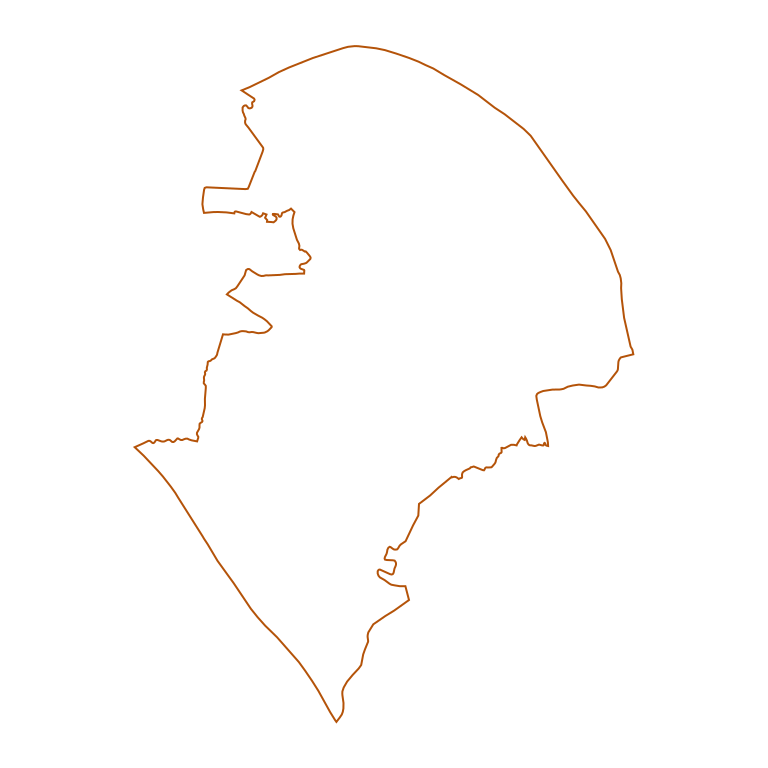 the district of Mo Cay Bac, Bến Tre, Vietnam
{"feature_id": "81297802B92984212454641", "entity_name": "Mo Cay Bac", "entity_type": "district", "adm_level": 2, "iso_a3": "VNM", "parent_name": "Vietnam", "parent_adm1": "Bến Tre", "projection": "albers", "projection_center": [106.276, 10.167], "detail": "fine", "context": "isolated", "style": "outline", "palette": "amber", "viewbox_px": 768, "rotation_deg": 0, "n_neighbors": 0, "source": "geoboundaries", "source_scale": "gbopen_adm2", "svg_char_len": 6103}
<svg xmlns="http://www.w3.org/2000/svg" viewBox="0 0 768 768"><path d="M478.2,95.0L461.0,84.5L444.1,75.0L433.3,68.5L425.4,65.0L418.6,61.7L415.3,60.4L409.2,58.0L396.0,53.5L384.9,50.1L376.2,48.3L358.2,46.2L354.7,46.1L348.1,46.8L343.2,48.1L312.9,58.0L289.0,67.5L278.9,72.1L269.0,77.7L249.7,87.1L241.6,90.4L254.1,98.6L254.6,99.8L254.1,101.2L252.2,102.4L252.1,103.8L252.5,105.5L252.4,106.7L251.6,107.8L249.8,108.4L248.4,108.1L247.2,106.5L246.1,105.4L245.0,105.4L243.7,106.0L242.6,107.5L242.6,110.6L243.0,112.4L243.8,113.9L244.3,115.6L245.5,118.2L245.6,119.3L245.1,120.8L245.1,122.8L245.7,124.3L248.5,127.7L263.1,147.7L263.3,149.1L262.6,151.7L255.3,171.0L254.6,172.0L248.8,186.8L247.8,188.8L245.4,189.1L206.4,187.3L204.7,187.9L204.1,189.7L203.0,197.3L202.4,204.2L203.2,209.4L204.0,212.9L213.2,212.1L217.9,212.0L226.5,212.4L234.3,213.4L234.5,212.3L234.8,211.7L235.9,211.4L246.1,214.1L249.1,214.5L249.6,214.4L250.2,214.0L250.9,213.2L251.5,212.0L258.9,216.3L259.9,216.8L261.1,216.2L261.9,215.5L262.3,215.1L263.1,213.3L266.5,214.5L265.1,217.8L267.2,220.1L267.0,221.8L271.0,222.0L273.6,222.3L275.5,220.8L276.1,220.1L276.5,219.4L276.6,218.2L276.5,217.5L275.7,216.5L273.0,214.9L272.8,214.3L272.9,214.0L274.2,213.9L278.0,214.4L279.2,216.5L279.6,216.7L280.5,216.6L281.1,216.0L281.5,215.3L282.0,213.2L282.4,212.8L282.9,212.5L284.7,212.1L286.8,210.9L289.2,210.0L291.0,208.6L294.5,212.1L293.4,215.5L292.6,219.3L292.5,223.7L293.3,228.3L296.9,239.7L298.9,243.6L299.4,245.9L299.1,248.0L299.1,248.8L300.1,250.0L300.6,249.8L301.5,249.7L302.2,249.9L304.9,251.6L305.4,251.5L305.7,251.4L307.0,252.7L309.7,256.0L310.3,256.9L310.6,257.7L310.5,258.4L310.3,259.0L306.7,262.6L305.9,263.1L304.0,263.7L301.3,264.2L300.7,264.6L299.9,265.7L299.6,266.5L299.6,267.4L300.2,268.3L300.9,268.8L304.0,269.9L304.3,270.5L304.1,273.6L299.3,273.6L295.6,273.9L285.0,274.2L279.8,274.9L268.2,275.4L266.5,275.3L265.6,275.4L263.5,275.9L261.4,276.0L259.0,275.3L257.4,274.5L252.2,271.3L249.5,269.2L248.8,269.0L247.6,269.1L246.1,270.1L244.6,275.4L237.3,286.4L235.8,288.3L234.0,289.3L231.6,290.3L228.6,292.6L226.9,294.4L237.2,300.9L239.7,302.2L244.5,306.0L247.8,308.3L251.0,311.1L253.1,312.7L258.3,315.7L262.2,317.7L264.4,319.2L266.9,321.2L271.7,326.3L271.6,327.2L268.6,330.3L267.3,331.3L264.8,332.5L264.0,332.7L258.3,333.2L256.6,332.9L253.2,332.1L251.8,332.0L249.4,332.3L248.0,332.1L246.1,331.4L242.9,331.1L241.3,331.2L239.7,331.6L238.1,332.4L235.8,333.1L228.5,334.6L224.8,334.5L223.0,334.3L217.4,352.8L217.2,354.0L216.8,355.2L215.1,357.7L214.3,358.4L211.9,359.4L211.0,360.4L209.8,361.1L209.1,361.1L208.1,361.6L207.8,362.0L207.6,364.6L206.8,367.8L206.9,369.5L206.5,370.6L205.4,371.2L204.9,372.2L205.2,374.0L204.9,375.0L204.1,376.5L203.9,377.8L204.1,379.6L204.1,380.8L203.8,381.9L203.8,383.4L205.0,384.7L205.8,385.9L205.8,388.1L204.9,398.9L205.0,405.3L204.7,408.2L202.7,417.0L202.0,418.1L201.8,419.0L202.5,421.0L202.0,422.0L200.7,422.8L199.7,423.6L199.5,424.9L199.5,427.6L199.0,429.2L197.0,432.7L196.9,434.1L197.5,435.5L198.3,436.8L198.2,438.1L197.8,439.1L197.1,441.4L191.5,440.3L189.1,439.5L187.5,438.7L185.7,438.7L184.1,439.2L182.3,440.0L180.9,440.0L179.8,439.5L177.9,438.4L177.3,438.5L174.7,441.3L173.5,442.0L172.8,442.0L172.1,441.9L170.0,440.1L169.0,439.8L168.1,439.8L167.1,440.1L164.5,441.4L163.0,441.6L161.4,441.4L157.6,440.0L156.4,440.0L155.8,440.3L154.9,441.8L154.0,442.8L153.3,443.1L152.7,443.0L152.0,442.6L150.8,441.5L149.8,440.9L148.3,440.9L143.4,443.3L134.7,447.2L143.7,455.7L158.3,471.2L162.9,476.5L171.0,486.9L175.3,492.9L178.2,497.7L202.6,536.3L204.0,538.7L207.7,544.3L217.5,560.8L233.7,583.2L250.8,608.7L257.7,617.3L265.2,625.7L277.0,637.2L298.9,662.1L305.2,670.8L312.2,681.1L318.4,690.9L330.2,712.2L335.1,720.1L336.4,721.9L339.7,717.6L341.8,714.5L342.8,711.8L343.4,708.5L343.5,703.0L342.4,695.1L342.3,693.6L342.4,691.4L343.7,687.5L347.1,681.6L352.7,674.9L358.7,668.5L361.2,665.0L363.2,654.4L365.0,649.3L368.1,641.7L368.1,640.6L367.6,636.8L367.7,635.0L368.3,632.4L373.3,624.3L385.5,615.9L394.3,610.5L409.0,600.0L405.4,586.2L399.9,586.2L394.9,585.4L391.3,584.7L389.5,583.7L384.5,580.0L379.9,577.4L378.5,575.7L377.7,573.5L377.7,571.2L378.5,570.0L379.2,569.6L380.0,569.6L390.2,574.2L391.7,574.5L392.8,574.1L393.6,572.8L394.5,568.5L395.5,566.3L396.0,564.7L396.0,563.1L395.5,561.8L394.6,560.6L392.9,560.3L386.7,560.0L385.0,559.6L384.6,558.6L384.9,557.1L386.6,553.7L387.1,551.7L387.4,549.7L388.4,547.7L389.7,546.8L390.6,547.1L392.7,548.7L394.1,549.5L395.9,549.6L397.3,549.3L398.4,547.8L399.6,545.7L401.0,544.3L405.6,541.2L413.1,525.3L418.3,515.6L419.0,503.9L430.1,495.5L438.5,487.7L451.5,477.0L451.7,477.4L453.6,476.9L455.0,476.9L455.9,477.1L457.1,477.7L458.8,479.0L459.5,478.5L461.6,477.9L462.0,477.6L462.1,476.6L462.0,474.8L462.2,473.7L462.7,472.4L464.1,471.2L465.8,470.2L469.8,468.4L470.7,467.3L471.1,467.3L473.8,466.5L482.7,470.1L484.0,470.3L484.4,469.8L485.2,468.1L485.8,467.6L486.3,467.4L488.5,467.5L491.3,467.3L491.9,466.9L494.5,463.9L495.3,462.7L495.7,461.6L496.0,460.1L496.8,457.9L498.3,456.4L498.6,455.7L498.7,454.6L499.4,453.7L501.2,452.8L501.6,452.1L501.5,447.9L502.0,447.8L503.8,448.3L505.1,448.0L511.1,444.8L513.9,444.8L516.6,445.4L517.0,444.3L519.5,440.3L521.6,437.3L522.6,438.5L523.6,439.4L524.6,439.9L525.2,437.3L526.0,438.6L526.9,440.6L527.7,443.2L528.4,444.3L529.0,444.9L529.9,445.3L531.1,445.3L534.4,446.0L535.7,445.9L539.0,444.6L542.1,445.4L543.1,445.5L543.6,445.2L544.1,443.3L544.6,442.9L545.1,443.3L545.7,445.0L546.4,445.6L548.1,446.0L547.9,442.5L547.5,440.3L545.9,432.2L542.2,422.4L540.3,416.2L536.8,399.6L536.3,395.9L537.0,394.1L538.3,393.0L540.5,392.0L543.2,391.0L552.5,389.6L559.7,389.5L561.2,389.3L563.6,388.8L567.8,386.7L572.8,385.5L579.0,384.6L586.4,385.5L590.6,385.8L594.7,386.4L598.5,387.5L602.2,387.4L604.4,386.6L606.2,385.3L617.0,371.4L617.6,370.3L617.9,369.2L618.4,361.9L618.8,360.4L619.9,358.5L620.9,357.4L633.3,354.3L632.4,349.7L630.6,346.6L624.1,317.8L621.8,299.2L621.1,288.1L621.3,283.2L620.7,278.3L619.8,275.0L618.0,271.7L610.7,250.1L605.1,238.9L585.9,211.4L578.9,202.9L573.1,195.6L562.2,180.5L530.7,135.8L523.6,128.9L504.6,114.2L494.7,107.7L478.2,95.0Z" fill="none" stroke="#b45309" stroke-width="2"/></svg>